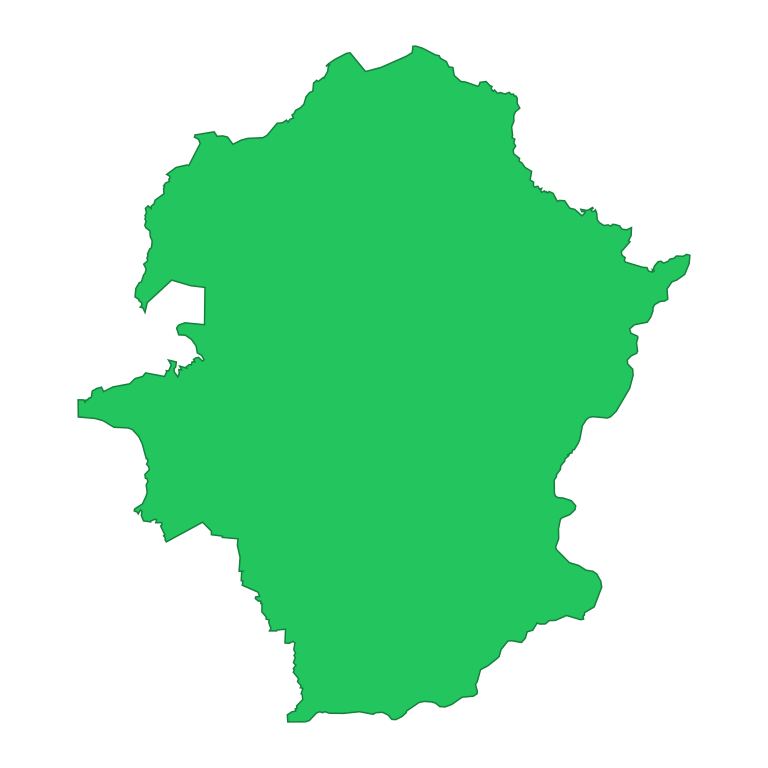 Cuquío, Jalisco, Mexico (Albers equal-area conic projection)
{"feature_id": "50627088B71683874346404", "entity_name": "Cuquío", "entity_type": "district", "adm_level": 2, "iso_a3": "MEX", "parent_name": "Mexico", "parent_adm1": "Jalisco", "projection": "albers", "projection_center": [-103.018, 20.95], "detail": "fine", "context": "isolated", "style": "filled", "palette": "green", "viewbox_px": 768, "rotation_deg": 0, "n_neighbors": 0, "source": "geoboundaries", "source_scale": "gbopen_adm2", "svg_char_len": 6069}
<svg xmlns="http://www.w3.org/2000/svg" viewBox="0 0 768 768"><path d="M594.2,606.9L601.7,587.1L600.8,581.3L596.8,574.0L592.9,571.3L586.1,570.2L578.5,565.4L569.3,562.6L556.4,549.6L555.6,547.1L558.7,538.7L558.5,528.7L560.3,519.8L561.6,518.0L570.0,514.5L575.0,509.7L575.7,505.8L571.5,500.8L563.5,498.1L558.0,497.6L555.3,495.9L554.4,493.0L554.2,479.9L556.4,476.9L556.5,474.7L560.4,469.4L560.7,465.9L564.7,461.1L565.1,458.8L568.4,456.0L567.7,454.8L569.1,454.9L569.4,453.3L571.8,453.0L572.7,449.9L574.4,449.5L578.0,443.6L579.7,439.8L582.4,425.7L586.5,419.4L589.4,417.3L593.3,416.7L607.5,418.0L610.5,416.8L616.2,411.3L629.7,388.3L633.1,375.3L632.7,369.2L627.6,363.9L627.3,359.8L631.3,355.8L636.6,353.3L637.6,351.2L636.5,342.8L638.0,337.3L637.2,336.0L631.0,333.3L629.6,329.0L634.3,324.8L647.3,322.2L650.8,317.0L652.9,311.0L653.1,307.4L654.7,304.6L660.0,301.5L664.8,301.0L667.8,299.1L667.0,289.0L671.9,281.9L676.7,280.1L684.7,274.4L689.2,263.5L689.9,255.3L686.7,254.4L683.1,256.3L676.4,256.0L674.0,258.3L669.9,259.1L668.2,261.2L663.6,263.2L661.1,261.2L658.1,261.7L654.4,266.1L653.5,269.2L654.4,271.7L652.3,269.7L652.5,272.1L648.4,271.0L647.0,267.6L642.7,267.3L625.1,262.0L624.4,260.2L625.2,257.6L622.0,255.3L621.3,251.7L630.0,241.7L628.5,240.7L631.1,235.7L631.5,227.6L626.9,229.8L621.8,229.1L619.7,225.9L615.3,224.6L612.7,224.3L610.8,226.1L608.1,224.9L603.9,225.5L599.3,222.6L597.2,219.6L596.7,213.0L595.4,209.9L593.8,211.5L591.7,211.2L591.3,209.8L593.1,208.2L592.5,207.5L587.4,210.5L580.8,209.3L581.8,211.7L584.9,211.7L585.1,212.8L582.0,215.8L574.8,209.4L569.6,208.1L564.7,200.8L559.5,200.4L557.3,201.4L553.2,193.4L549.2,191.5L547.9,192.9L546.5,191.7L545.8,192.4L544.4,190.9L541.7,192.3L540.7,190.9L541.6,188.5L539.7,189.3L537.8,186.3L534.4,187.0L533.4,185.6L533.6,182.1L530.1,180.0L531.6,171.4L525.0,167.4L522.1,163.1L519.0,161.1L519.6,158.5L513.7,153.8L513.2,149.9L515.7,146.0L513.8,143.1L514.8,139.2L512.0,137.5L512.6,135.2L511.6,126.9L513.9,121.3L513.7,115.9L515.4,111.8L519.8,108.2L517.2,103.4L517.2,98.1L515.9,96.0L514.5,96.1L513.5,94.1L511.1,94.4L509.2,92.3L504.9,94.1L500.4,92.5L497.6,93.4L494.5,90.0L493.1,91.4L491.2,88.6L492.0,86.4L489.9,85.7L486.1,81.5L480.1,82.3L479.1,85.3L477.7,86.3L465.5,82.0L460.9,81.5L454.2,75.5L452.9,67.5L448.8,66.9L446.4,61.6L440.4,58.3L439.1,55.6L435.8,55.1L422.5,48.2L415.7,46.1L412.9,46.3L412.2,52.6L406.2,56.3L380.9,67.5L365.5,71.5L350.1,52.8L346.7,53.3L334.9,59.4L328.6,63.7L327.1,65.1L326.0,66.6L328.7,63.7L329.6,64.8L328.4,65.5L327.7,71.3L324.0,78.1L323.3,77.5L318.2,81.4L316.7,80.3L313.6,83.0L312.8,91.2L309.6,92.5L306.1,96.7L303.9,104.2L300.5,107.7L295.6,110.4L294.0,113.7L292.0,115.0L293.5,118.1L290.0,119.3L288.0,122.1L286.5,120.1L282.4,122.8L277.1,123.3L267.1,135.3L262.9,137.7L247.7,138.4L241.1,140.2L232.9,144.3L227.6,137.1L222.9,135.9L217.1,136.3L214.2,131.8L195.1,134.9L194.4,137.1L198.5,139.3L200.2,143.5L188.9,165.4L186.9,165.0L176.2,167.4L166.7,174.4L169.4,176.0L170.1,177.7L168.8,179.3L169.4,181.4L165.6,183.0L163.6,185.9L164.6,186.4L163.6,188.7L164.0,193.7L155.1,200.2L154.1,203.8L151.3,206.1L151.1,208.5L148.1,205.8L145.4,208.5L146.5,212.9L145.0,215.5L145.7,217.2L144.9,218.9L146.1,221.3L144.8,225.2L145.7,227.6L149.9,230.9L150.2,236.4L152.1,240.6L151.9,244.2L151.4,247.8L149.8,248.8L147.5,253.9L147.9,256.0L146.9,257.9L147.7,260.8L143.7,264.2L146.2,269.0L145.0,273.3L143.6,274.9L141.4,281.9L139.3,282.7L135.9,288.3L135.0,296.9L138.9,299.5L139.0,300.8L141.7,302.9L141.9,305.4L140.2,307.1L143.0,308.0L145.0,312.4L147.2,302.7L171.7,280.1L190.7,285.7L205.0,287.4L204.5,324.7L184.9,322.8L178.7,325.1L176.6,328.1L178.8,334.9L185.4,335.2L191.4,339.4L196.1,345.9L197.3,352.9L201.7,355.4L204.0,359.7L202.5,361.1L198.5,357.4L195.6,358.0L193.5,359.5L194.9,361.8L192.1,361.9L191.2,364.9L189.2,364.6L186.1,367.1L186.6,368.1L179.7,366.1L181.6,370.0L178.8,369.6L179.3,373.2L177.8,376.9L174.3,372.0L174.0,368.8L175.6,367.1L176.4,362.0L168.5,360.1L171.3,365.0L168.6,371.0L166.3,370.7L166.7,371.8L164.5,376.5L145.6,372.9L142.6,376.5L135.2,378.5L129.7,383.8L113.1,386.9L103.6,391.6L101.5,387.2L96.9,388.4L92.3,391.0L91.3,397.3L88.4,398.4L87.7,400.0L86.0,399.9L85.1,402.1L83.8,399.9L78.1,399.8L78.3,417.0L94.8,418.4L103.1,420.7L114.0,427.3L127.9,427.9L132.3,429.5L138.8,436.6L142.2,443.7L146.3,458.8L147.4,458.9L147.9,461.8L146.5,464.1L148.8,466.8L149.2,469.9L144.9,474.4L145.4,478.3L146.8,478.4L147.9,481.5L146.2,484.9L147.2,492.3L146.0,496.4L142.4,504.0L134.7,508.9L134.2,510.9L137.3,512.2L138.2,513.9L140.7,509.8L142.0,511.4L141.3,515.4L143.5,520.9L150.7,521.9L150.8,520.9L155.2,519.2L156.5,519.8L155.8,522.8L161.5,522.6L162.1,524.4L160.6,526.0L164.8,534.8L163.6,535.8L165.4,538.0L165.0,539.5L166.3,541.9L202.6,522.2L211.4,531.1L211.4,534.7L222.4,536.1L222.3,537.4L238.0,538.8L237.4,545.5L240.1,557.4L239.1,571.3L242.6,571.3L241.7,571.9L241.2,580.7L242.9,581.0L242.2,585.2L258.1,592.2L259.6,596.5L255.8,596.8L255.3,598.6L258.6,601.1L260.7,601.1L260.9,603.7L262.0,603.6L261.9,612.0L266.0,616.7L266.2,619.2L269.1,619.8L268.8,622.7L270.9,628.3L269.5,630.9L276.7,630.9L277.3,630.0L285.5,629.2L285.0,643.0L289.2,643.3L293.0,641.4L294.9,642.9L293.8,649.8L295.6,653.3L294.0,655.3L295.3,657.6L293.4,662.7L295.9,665.2L293.3,668.6L294.3,670.2L293.3,672.2L298.6,678.6L297.5,681.6L301.1,685.7L300.3,687.8L302.9,688.3L301.1,693.8L302.2,694.6L302.7,699.6L296.6,705.9L296.9,708.5L295.3,708.8L295.7,711.1L291.9,711.8L287.3,714.8L287.8,721.9L305.4,721.8L309.4,720.5L316.5,713.0L319.8,711.8L322.8,712.7L324.7,711.6L329.3,713.2L343.2,713.4L359.5,711.7L373.1,714.3L375.9,712.7L382.5,712.3L388.2,715.1L391.8,719.4L395.9,719.6L402.1,716.4L406.0,712.9L406.7,710.9L419.0,702.5L424.2,701.4L431.3,701.9L435.5,703.1L439.8,706.6L445.1,706.9L451.7,704.5L462.1,697.2L473.3,696.2L477.0,693.8L477.3,691.1L475.5,684.6L477.3,681.5L480.5,669.7L488.0,665.7L497.9,657.8L499.2,656.4L501.0,649.6L507.9,641.1L511.6,640.7L521.5,642.5L525.3,638.2L527.2,631.8L532.8,630.2L537.1,623.0L539.9,624.1L545.4,623.9L549.3,620.6L555.4,620.4L566.5,615.5L580.6,619.7L583.6,619.1L583.0,616.2L584.3,615.2L584.6,612.6L594.2,606.9Z" fill="#22c55e" stroke="#15803d" stroke-width="1.5"/></svg>